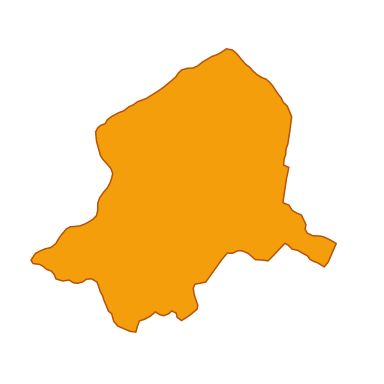 Jitaúna, Bahia, Brazil (Mercator projection), rotated 98°
{"feature_id": "56859067B22385713067819", "entity_name": "Jitaúna", "entity_type": "district", "adm_level": 2, "iso_a3": "BRA", "parent_name": "Brazil", "parent_adm1": "Bahia", "projection": "mercator", "projection_center": [-39.857, -13.954], "detail": "fine", "context": "isolated", "style": "filled", "palette": "amber", "viewbox_px": 384, "rotation_deg": 98, "n_neighbors": 0, "source": "geoboundaries", "source_scale": "gbopen_adm2", "svg_char_len": 2164}
<svg xmlns="http://www.w3.org/2000/svg" viewBox="0 0 384 384"><g transform="rotate(98 192 192)"><path d="M285.0,339.4L284.9,332.6L286.5,328.9L289.0,324.9L289.9,320.3L292.9,317.0L297.0,314.6L298.1,307.6L296.3,301.4L298.4,296.8L298.4,292.7L296.2,287.6L293.0,284.4L292.0,279.1L294.5,273.5L299.6,270.8L303.9,268.7L307.0,266.2L311.3,264.2L317.8,260.3L321.5,258.2L324.0,254.5L331.0,251.5L335.2,246.7L338.6,233.9L338.5,228.1L331.8,227.2L326.9,226.1L324.7,221.3L320.7,215.9L315.8,211.6L317.8,207.4L318.5,203.1L316.3,198.7L312.6,195.4L314.2,190.8L318.2,189.2L320.8,184.5L316.0,178.8L312.6,175.4L307.4,170.7L303.3,170.5L297.4,173.6L292.5,175.8L287.1,177.4L283.0,176.3L279.3,165.9L274.6,163.4L255.0,153.2L247.6,148.6L247.1,143.4L243.7,138.3L243.3,134.1L244.9,128.0L247.4,124.0L250.2,119.9L249.6,112.9L249.6,107.1L244.6,103.3L229.9,92.9L231.4,89.1L234.6,85.0L235.1,79.2L237.3,73.8L239.1,68.9L242.3,65.8L243.8,61.7L244.6,57.8L247.8,50.7L242.7,47.5L223.0,42.0L220.8,47.1L219.0,52.2L217.9,56.3L217.9,60.4L218.5,66.0L216.7,72.2L212.9,74.9L208.4,74.6L203.6,77.8L199.5,80.5L198.4,85.0L196.4,90.0L191.5,94.2L189.9,100.5L165.0,100.3L160.8,99.9L154.1,99.6L152.7,105.0L146.4,105.4L141.7,104.4L136.3,104.9L131.5,103.8L118.1,103.6L103.5,103.8L93.7,109.6L90.4,114.2L86.0,117.1L83.4,120.0L79.9,123.2L76.0,126.5L72.5,130.4L70.0,134.3L69.1,138.2L66.9,143.6L63.3,149.0L60.4,152.3L57.9,156.8L54.4,160.9L49.0,166.7L45.8,171.7L45.4,177.8L49.9,182.8L52.9,186.9L55.0,191.2L58.1,195.0L61.8,199.7L66.5,204.1L69.3,208.8L69.9,213.2L72.6,219.3L76.2,222.1L80.4,224.1L85.7,228.8L92.0,234.6L95.7,238.4L101.9,245.7L105.8,250.4L110.1,258.4L113.8,262.3L116.6,266.6L121.1,270.8L123.7,275.7L128.2,281.8L131.9,285.7L136.4,287.5L138.8,291.8L141.8,294.4L146.0,295.8L150.5,294.7L155.5,293.5L161.1,291.0L168.4,287.9L171.9,285.1L175.3,280.9L180.1,275.5L184.8,273.1L189.5,273.5L194.3,274.4L199.7,276.4L204.4,279.5L210.5,282.6L216.1,283.8L223.4,282.8L228.6,283.3L232.9,286.4L235.9,290.0L238.4,293.3L241.2,298.4L242.2,302.4L243.5,307.9L246.1,311.3L252.5,315.3L257.3,317.8L262.1,319.7L266.6,324.0L268.7,329.5L271.4,334.0L274.6,338.5L281.9,342.0L285.0,339.4Z" fill="#f59e0b" stroke="#b45309" stroke-width="1.5"/></g></svg>